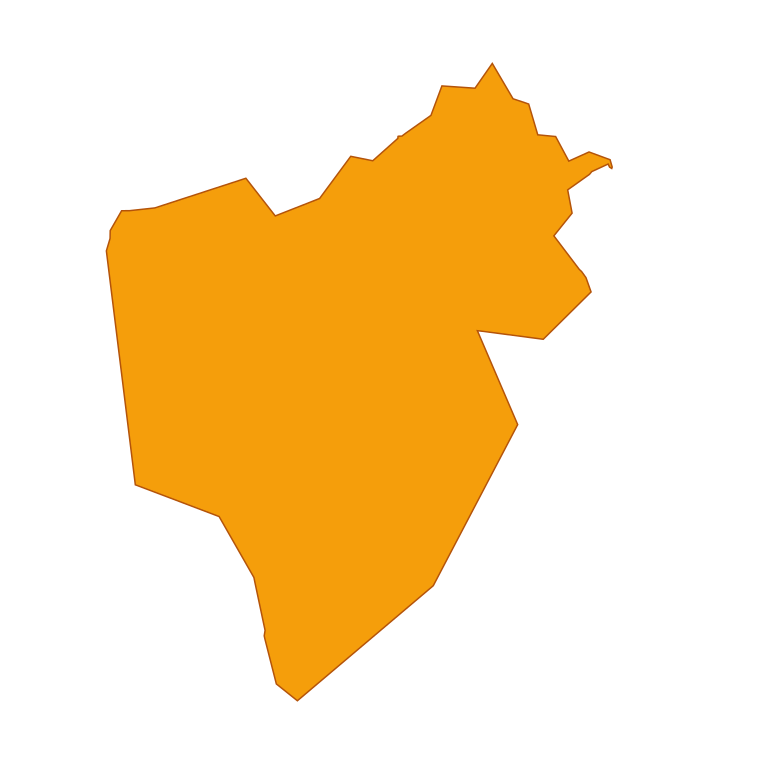 Lenoir, North Carolina, United States of America, rotated 350°
{"feature_id": "52423323B80658823199099", "entity_name": "Lenoir", "entity_type": "district", "adm_level": 2, "iso_a3": "USA", "parent_name": "United States of America", "parent_adm1": "North Carolina", "projection": "robinson", "projection_center": [-77.584, 35.217], "detail": "fine", "context": "isolated", "style": "filled", "palette": "amber", "viewbox_px": 768, "rotation_deg": 350, "n_neighbors": 0, "source": "geoboundaries", "source_scale": "gbopen_adm2", "svg_char_len": 890}
<svg xmlns="http://www.w3.org/2000/svg" viewBox="0 0 768 768"><g transform="rotate(350 384 384)"><path d="M548.6,367.6L603.9,329.3L601.4,314.4L598.2,307.7L596.2,305.0L577.0,267.6L598.9,248.4L598.6,224.7L622.8,213.2L625.5,210.9L642.9,206.3L643.8,209.6L645.7,211.3L646.4,210.0L645.6,202.4L626.2,191.1L604.7,196.6L596.0,170.1L578.7,165.3L575.1,133.4L560.6,125.5L546.3,87.1L525.0,108.5L492.8,100.5L476.9,127.6L449.3,140.6L444.6,143.0L441.6,142.5L440.8,142.6L440.3,144.5L411.7,162.2L390.8,154.0L352.8,190.1L306.1,199.6L283.7,157.4L251.9,161.9L188.8,170.8L163.2,169.1L155.7,167.8L141.0,185.4L139.5,193.1L133.7,204.7L127.8,319.7L127.4,327.7L121.6,440.1L198.6,485.9L222.3,552.0L222.4,556.5L224.1,606.0L222.3,611.2L222.4,613.9L225.9,660.7L243.7,680.9L397.5,591.2L411.9,572.5L423.4,557.6L508.6,447.2L485.2,347.7L487.9,348.5L548.6,367.6Z" fill="#f59e0b" stroke="#b45309" stroke-width="1.5"/></g></svg>